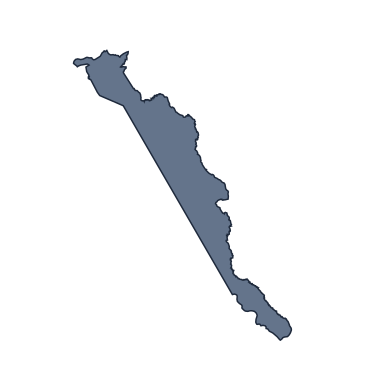 Óbidos, Pará, Brazil (Natural Earth projection), rotated 150°
{"feature_id": "56859067B10175344529781", "entity_name": "Óbidos", "entity_type": "district", "adm_level": 2, "iso_a3": "BRA", "parent_name": "Brazil", "parent_adm1": "Pará", "projection": "natural_earth1", "projection_center": [-55.806, 0.073], "detail": "fine", "context": "isolated", "style": "filled", "palette": "slate", "viewbox_px": 384, "rotation_deg": 150, "n_neighbors": 0, "source": "geoboundaries", "source_scale": "gbopen_adm2", "svg_char_len": 5992}
<svg xmlns="http://www.w3.org/2000/svg" viewBox="0 0 384 384"><g transform="rotate(150 192 192)"><path d="M208.3,83.0L206.3,82.4L205.1,81.1L204.7,80.0L205.2,78.7L206.7,76.6L207.4,74.5L206.7,71.8L205.5,69.4L205.6,68.2L206.5,67.0L206.8,66.2L205.9,63.1L205.2,62.1L203.3,60.7L201.3,60.2L199.5,59.2L197.6,57.4L196.9,55.2L197.0,53.6L197.4,52.3L200.2,49.7L201.7,47.6L202.0,46.8L202.0,45.1L201.2,44.5L200.1,44.2L199.3,43.5L199.2,41.7L197.1,41.0L195.4,39.3L195.3,38.2L196.1,36.7L194.9,35.6L194.6,32.8L192.6,29.7L191.9,27.8L190.6,24.1L189.9,20.2L189.5,19.5L187.6,19.8L186.2,20.4L184.5,20.2L181.5,19.0L179.2,19.7L177.1,20.9L175.1,22.6L174.5,23.6L174.2,24.8L174.4,27.5L174.1,28.3L173.6,31.8L174.0,33.3L173.8,34.9L174.5,35.4L174.4,36.1L175.6,36.6L176.2,37.6L176.3,38.7L176.7,38.6L177.1,39.9L177.3,39.8L177.3,41.4L178.0,41.8L178.4,42.4L178.1,42.7L178.8,43.6L179.0,43.6L179.0,45.0L178.4,46.6L179.2,46.8L179.2,47.5L179.8,48.3L180.0,49.6L180.5,50.0L180.2,51.3L180.7,51.4L181.3,52.4L181.5,53.4L181.3,53.6L181.5,54.7L182.2,55.2L182.2,55.6L181.7,55.9L182.2,56.8L181.7,57.6L182.0,58.0L182.0,59.3L182.5,60.2L182.3,60.9L182.6,61.0L182.9,61.9L182.9,63.1L182.6,63.4L182.9,63.8L182.6,64.3L182.1,64.3L182.0,65.0L181.6,65.5L181.8,65.6L181.2,66.2L181.1,66.9L182.2,69.6L182.0,69.9L182.5,71.1L182.3,71.8L183.0,74.3L183.1,75.7L182.5,75.9L182.9,76.3L182.8,76.8L183.2,77.4L183.6,77.2L183.8,77.4L183.7,78.4L184.1,78.8L184.0,79.1L184.6,79.5L185.0,80.8L185.6,81.0L185.8,81.5L185.7,82.3L186.5,82.2L186.6,82.5L186.3,82.9L187.5,84.2L187.6,84.4L187.4,84.6L187.1,84.4L186.8,84.9L187.8,85.6L187.3,85.9L187.5,87.8L188.1,88.5L188.0,88.9L188.3,88.8L188.7,89.5L189.2,89.2L190.9,90.2L191.2,89.8L191.5,90.0L192.5,90.6L192.5,91.2L194.3,92.6L194.5,93.4L195.1,93.7L194.9,94.0L195.4,94.9L195.6,96.8L195.8,97.0L196.4,96.8L196.4,98.1L197.0,98.8L196.8,99.9L197.2,100.5L197.1,101.4L196.0,102.1L196.1,102.9L195.1,103.3L195.7,104.0L196.1,103.9L195.9,104.8L196.3,105.3L195.7,106.0L196.4,106.8L195.5,107.2L194.3,108.8L194.6,110.3L193.7,110.8L193.5,111.7L192.6,112.3L192.5,113.3L192.8,113.9L192.3,114.8L191.8,115.2L191.5,114.5L190.5,115.0L189.7,114.6L188.3,116.5L188.8,116.9L188.8,117.3L188.0,118.2L188.3,119.7L187.8,120.3L187.9,120.6L187.4,121.7L188.1,124.4L186.9,126.3L186.3,129.5L187.0,131.5L186.9,132.6L186.5,133.0L185.3,132.6L184.4,135.1L183.3,136.0L183.9,136.7L183.7,137.2L182.8,136.8L182.5,137.5L182.0,136.8L180.8,136.9L179.7,139.1L179.2,139.4L178.7,138.9L178.2,139.3L177.5,141.2L177.5,142.7L177.0,143.4L176.4,143.6L175.9,143.0L175.1,142.9L175.5,143.6L174.1,144.2L174.2,145.0L173.2,147.8L173.2,148.4L173.9,149.0L173.9,149.4L173.8,149.7L173.5,149.6L172.6,151.1L172.5,152.1L173.1,153.9L172.3,156.4L173.4,157.7L174.0,157.7L175.0,157.0L175.0,157.7L176.0,158.4L176.2,161.8L176.1,163.3L175.7,164.4L177.1,166.4L177.5,167.8L177.1,168.7L177.5,170.1L176.5,171.0L175.4,171.0L174.1,171.7L172.1,171.7L171.9,171.4L170.9,171.4L170.4,170.9L169.8,170.8L169.8,170.0L169.3,169.4L168.4,169.4L167.6,168.8L164.3,167.8L162.6,170.2L161.8,172.4L160.5,173.9L160.4,175.1L161.0,176.2L161.2,177.9L159.6,182.2L159.8,184.0L160.3,184.3L161.3,186.1L161.3,187.2L161.9,188.7L162.6,189.3L163.5,191.3L165.1,193.4L164.8,195.3L165.0,196.2L165.8,197.2L166.5,197.2L168.0,200.0L169.0,203.8L168.9,204.3L168.4,204.4L169.1,205.2L169.2,206.2L169.4,210.8L168.9,212.0L169.3,213.7L169.0,214.6L168.5,214.7L168.2,215.9L167.4,217.8L167.3,219.6L167.7,221.0L168.4,221.8L167.9,222.2L167.5,223.3L167.4,225.2L167.9,226.4L168.0,227.5L166.9,228.3L166.5,229.2L166.1,229.4L165.5,229.1L165.0,229.5L164.7,230.3L164.9,231.4L164.6,231.8L164.1,231.9L163.8,232.5L163.7,234.2L163.0,234.9L162.8,235.5L162.0,235.7L161.8,235.6L161.6,234.6L160.9,234.6L160.3,235.8L159.5,235.9L159.4,236.9L157.9,238.0L157.1,240.3L157.2,241.4L157.9,241.6L157.3,243.4L157.3,244.6L157.5,245.0L157.0,245.3L157.1,246.6L157.0,247.3L156.0,248.2L155.9,248.8L155.7,248.4L155.2,248.7L155.1,250.9L154.0,251.5L154.2,252.0L153.7,253.4L154.9,254.9L155.1,257.1L155.6,257.9L156.3,260.7L156.8,261.1L157.1,261.0L157.5,259.9L158.6,260.7L159.1,260.8L160.0,260.2L161.5,260.7L162.0,261.3L161.8,262.8L163.9,265.0L165.2,267.8L165.3,268.6L166.0,269.3L165.6,273.4L166.4,275.2L167.6,275.4L168.2,277.5L168.1,279.0L167.4,279.3L167.1,282.8L166.2,286.1L166.5,286.9L168.3,288.0L168.4,290.2L169.0,291.3L169.7,291.8L170.3,292.8L170.9,292.7L170.8,293.1L171.4,293.4L172.8,293.2L173.8,293.7L174.4,292.9L174.7,293.5L175.2,293.2L175.8,294.2L176.3,294.3L176.7,294.0L176.6,293.8L176.9,293.8L177.2,293.0L177.5,293.2L178.0,292.7L177.9,293.4L178.5,293.3L178.6,293.5L179.6,293.2L179.7,292.9L180.5,293.4L180.4,292.8L181.0,292.0L181.3,292.4L182.0,292.1L182.4,292.4L182.5,292.1L183.4,292.4L183.5,293.3L184.0,294.0L184.5,294.0L184.7,294.3L185.0,294.2L185.3,294.6L185.5,294.5L185.8,295.0L186.4,295.3L186.9,294.7L187.5,294.9L188.1,294.3L188.0,295.0L189.6,295.9L190.2,297.0L190.0,297.8L188.8,299.6L188.6,300.7L188.0,301.6L187.7,303.9L188.3,305.1L188.8,307.2L190.4,308.3L190.4,310.5L191.0,310.7L191.8,329.5L191.2,330.5L190.6,330.6L189.2,331.8L187.2,332.2L186.6,333.2L186.6,333.4L187.8,333.9L188.5,334.8L191.1,335.6L191.4,336.0L189.8,336.4L187.6,337.4L187.1,336.7L186.6,336.9L186.0,337.4L185.8,338.1L184.6,338.5L183.5,340.1L182.3,339.2L181.3,340.7L181.3,341.2L180.7,342.2L180.4,343.1L179.2,343.1L178.0,344.1L177.1,345.4L178.6,345.8L182.3,346.0L185.6,345.6L187.0,344.9L187.6,346.1L187.6,346.9L189.8,348.6L189.9,349.2L190.8,349.3L191.6,350.4L193.7,351.3L194.3,352.0L194.8,352.8L195.2,354.1L195.0,357.2L196.8,356.9L197.1,357.0L197.2,357.9L197.9,358.1L198.6,357.6L200.1,357.5L203.6,355.4L209.8,355.2L211.2,355.8L211.8,357.1L211.8,358.4L214.2,359.7L214.9,360.6L216.0,361.3L219.7,361.5L222.1,362.3L224.4,364.4L226.4,365.0L228.2,364.5L229.5,363.6L230.3,362.5L228.8,358.8L228.7,357.8L227.1,357.9L224.8,357.5L218.7,355.2L218.0,354.2L217.7,353.4L221.4,353.2L223.0,348.9L222.9,344.8L223.6,343.8L223.4,343.2L223.9,343.0L224.2,343.4L224.6,342.9L224.3,341.8L224.9,342.2L225.0,342.0L223.5,339.7L224.1,325.6L223.7,321.7L208.4,301.1L208.3,83.0Z" fill="#64748b" stroke="#1e293b" stroke-width="1.5"/></g></svg>